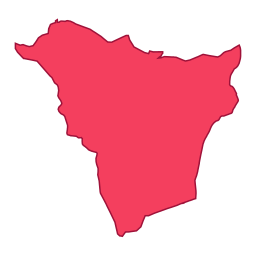 Kepahiang, Bengkulu, Indonesia
{"feature_id": "22746128B30869437307727", "entity_name": "Kepahiang", "entity_type": "district", "adm_level": 2, "iso_a3": "IDN", "parent_name": "Indonesia", "parent_adm1": "Bengkulu", "projection": "natural_earth1", "projection_center": [102.62, -3.648], "detail": "fine", "context": "isolated", "style": "filled", "palette": "rose", "viewbox_px": 256, "rotation_deg": 0, "n_neighbors": 0, "source": "geoboundaries", "source_scale": "gbopen_adm2", "svg_char_len": 4941}
<svg xmlns="http://www.w3.org/2000/svg" viewBox="0 0 256 256"><path d="M119.8,235.9L121.1,236.0L122.4,236.3L123.5,234.7L125.5,232.0L128.8,231.9L131.5,231.5L136.5,230.8L138.7,228.8L139.3,228.2L140.8,226.9L140.9,226.7L143.1,220.7L145.2,215.7L145.9,215.7L147.8,215.7L148.6,215.7L154.4,213.2L166.3,208.9L168.0,208.3L170.9,207.4L177.1,205.3L180.3,203.9L182.1,203.3L182.8,203.4L183.3,203.2L182.9,203.0L187.8,201.3L188.9,200.8L189.8,200.6L192.9,199.5L193.2,199.3L195.3,198.7L195.7,198.6L195.7,197.8L195.8,196.6L196.0,193.2L195.9,190.6L195.1,182.8L194.9,180.4L195.5,178.4L196.5,175.8L197.6,171.7L197.8,170.4L199.2,163.6L199.3,162.5L199.7,160.2L199.8,159.7L200.9,154.1L201.8,150.0L202.2,148.0L202.9,144.5L203.2,143.4L203.4,143.0L203.8,141.8L203.8,141.6L204.7,139.6L205.6,137.9L205.8,137.6L206.7,136.1L206.9,135.5L208.6,132.6L209.5,130.8L209.7,130.3L210.3,128.8L210.7,127.8L211.0,127.2L211.2,126.7L211.3,126.5L211.8,125.6L212.5,124.5L213.7,123.1L213.9,122.8L216.0,121.1L216.8,120.8L217.2,120.7L218.1,120.4L218.6,119.9L218.8,119.8L218.9,119.7L219.6,118.5L219.9,117.8L220.5,116.9L220.6,116.7L221.4,116.2L222.0,116.0L223.0,116.0L223.8,116.0L227.3,114.7L228.5,114.3L229.6,113.8L231.0,113.4L231.7,113.0L232.2,112.3L232.4,111.6L232.6,111.1L232.8,110.3L232.9,109.8L233.3,109.2L233.7,108.4L234.7,107.1L235.2,105.9L236.3,104.1L237.8,101.7L238.1,101.1L238.3,100.3L238.3,100.2L238.1,99.4L237.7,98.2L237.0,96.5L236.9,96.2L236.3,95.0L236.5,93.6L235.3,91.3L234.5,89.6L234.2,89.0L233.2,87.5L232.6,86.9L232.4,86.7L231.7,86.2L231.0,86.1L230.3,85.6L230.2,85.5L230.0,85.1L229.7,84.7L229.6,84.4L229.7,83.0L229.7,81.3L230.1,77.8L230.3,76.8L230.4,76.1L230.5,75.9L230.6,75.5L231.1,74.4L231.2,74.1L231.3,74.0L231.4,73.8L232.6,71.8L234.3,68.8L235.5,68.1L236.4,67.4L236.8,67.0L237.8,65.8L239.1,63.3L239.2,63.0L239.4,62.1L239.6,61.4L239.9,60.3L240.4,58.2L240.6,56.1L240.6,53.8L240.6,52.9L240.6,50.5L240.6,50.2L240.3,48.2L240.0,47.1L239.2,45.1L236.4,46.7L234.3,47.9L231.8,49.6L231.6,49.7L230.8,50.3L229.9,50.5L225.5,51.7L223.8,52.6L220.5,55.6L220.1,55.8L219.9,56.0L218.1,56.8L217.7,57.0L209.7,55.7L203.1,54.4L200.6,55.5L197.8,56.8L197.3,57.0L196.7,57.2L190.0,60.0L185.5,61.0L183.2,60.2L179.4,58.6L176.2,57.3L175.2,57.2L174.4,57.2L173.6,57.0L172.4,57.0L172.1,57.1L171.6,57.0L164.4,56.6L161.3,57.7L158.3,58.1L159.1,57.3L160.1,56.6L160.7,56.3L161.3,55.7L161.6,54.6L162.7,53.3L162.7,51.8L153.2,51.9L149.7,51.0L148.6,53.6L144.6,52.6L141.0,50.7L133.9,46.9L132.5,44.5L131.7,43.3L131.6,43.1L129.8,40.2L129.7,40.1L129.0,37.7L128.3,35.5L127.2,35.5L126.1,35.5L122.3,37.2L111.7,42.2L111.0,42.2L107.7,42.0L104.4,39.3L101.1,36.5L97.3,34.0L95.2,32.6L92.8,31.1L91.3,30.1L91.2,30.0L90.1,29.3L86.9,28.1L84.7,27.3L83.8,27.0L82.5,26.5L79.8,25.5L75.5,23.9L75.4,23.8L75.2,23.7L73.6,22.7L70.3,21.2L69.0,21.0L68.5,20.9L68.4,20.9L68.2,20.8L67.9,20.8L67.8,20.7L67.6,20.7L67.1,20.8L66.8,20.8L66.4,20.8L66.1,21.0L65.9,21.1L65.7,21.3L65.2,21.3L64.8,21.4L64.7,21.3L61.4,21.1L60.2,21.3L59.3,22.2L57.5,22.3L57.3,19.7L55.7,20.7L55.5,20.9L55.6,22.6L54.5,22.9L52.7,23.5L50.5,24.5L48.7,28.7L48.4,31.8L48.2,33.5L44.7,34.5L42.3,35.2L38.5,37.8L35.9,41.9L33.1,45.7L29.3,46.6L26.5,45.9L23.0,44.6L20.1,45.2L15.4,43.3L15.4,48.6L17.6,52.2L22.4,57.3L23.6,58.5L24.2,58.5L32.5,60.1L37.1,61.1L50.1,76.0L51.9,77.5L54.6,82.8L57.3,84.9L58.2,86.8L58.7,90.5L58.2,94.0L57.9,95.8L58.8,97.8L60.7,100.5L60.9,101.0L61.0,101.1L61.6,102.7L61.7,103.0L61.8,103.3L61.5,104.1L61.4,104.5L60.8,105.2L60.4,105.6L60.0,106.0L59.5,106.6L59.4,106.6L59.3,106.8L59.2,106.8L59.0,107.1L58.8,107.3L58.4,108.5L58.2,109.4L58.4,109.9L58.6,110.4L58.8,111.0L59.0,111.4L59.0,111.5L59.4,111.9L59.9,112.5L60.4,113.1L60.8,113.5L61.1,113.7L62.0,114.2L62.5,114.4L62.8,114.6L63.4,114.9L63.6,115.1L63.8,115.2L63.9,115.3L64.1,115.6L64.3,115.9L64.6,116.2L64.7,116.4L64.8,116.5L67.5,125.0L67.6,125.4L67.6,125.6L67.6,127.3L67.6,127.5L67.5,128.0L67.3,130.2L67.2,130.6L66.9,133.0L67.0,133.5L67.4,134.6L67.6,134.7L67.8,134.8L68.4,135.0L68.7,135.0L68.9,135.1L70.2,135.5L70.7,135.7L72.3,135.8L75.8,136.2L76.3,136.3L76.5,136.4L77.3,136.9L78.0,137.5L78.5,137.8L79.6,137.8L80.6,137.7L81.1,137.7L81.3,137.6L81.8,138.2L82.3,138.6L82.2,139.7L82.2,140.1L82.2,140.6L82.2,140.9L82.2,141.4L82.2,141.6L82.2,142.0L82.3,142.3L82.3,143.0L82.4,144.0L82.5,144.1L82.8,144.5L83.0,144.8L83.1,145.0L83.3,145.3L83.9,145.7L84.4,146.1L84.6,146.2L85.0,146.5L85.4,146.8L85.6,147.0L86.0,147.3L86.3,147.5L86.9,148.0L87.1,148.3L87.3,148.5L88.1,149.2L88.3,149.4L88.4,149.6L88.6,149.7L88.7,149.8L88.8,149.9L89.1,150.0L89.3,150.1L89.7,150.3L90.1,150.5L90.3,150.5L90.5,150.6L90.9,150.8L91.8,151.2L92.0,151.2L92.2,151.3L92.3,151.3L92.5,151.3L93.0,151.5L93.3,151.6L96.4,152.4L97.2,153.4L96.9,155.2L96.5,156.6L96.0,158.4L96.1,161.6L96.7,164.4L98.1,168.4L98.1,171.5L98.0,172.8L97.9,173.9L97.8,174.8L99.2,180.9L99.5,184.3L100.2,191.8L100.5,193.3L103.9,199.7L106.3,204.3L107.0,205.9L110.4,212.7L115.0,222.3L115.5,224.6L117.2,232.0L117.6,233.9L119.8,235.9Z" fill="#f43f5e" stroke="#9f1239" stroke-width="1.5"/></svg>